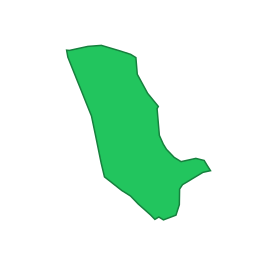 the district of Zaqaziq 1, Ash Sharqiyah, Egypt, rotated 301°
{"feature_id": "37247803B90697971403179", "entity_name": "Zaqaziq 1", "entity_type": "district", "adm_level": 2, "iso_a3": "EGY", "parent_name": "Egypt", "parent_adm1": "Ash Sharqiyah", "projection": "albers", "projection_center": [31.514, 30.585], "detail": "fine", "context": "isolated", "style": "filled", "palette": "green", "viewbox_px": 256, "rotation_deg": 301, "n_neighbors": 0, "source": "geoboundaries", "source_scale": "gbopen_adm2", "svg_char_len": 732}
<svg xmlns="http://www.w3.org/2000/svg" viewBox="0 0 256 256"><g transform="rotate(301 128 128)"><path d="M163.1,35.3L157.8,39.9L142.1,60.6L136.7,67.8L128.1,79.1L119.5,90.5L106.0,103.0L103.5,105.3L84.3,122.9L74.0,133.0L71.2,155.0L71.2,155.6L71.0,165.2L68.1,176.0L65.1,192.1L63.5,198.1L67.6,200.3L67.5,205.7L78.0,214.0L88.7,211.5L95.8,207.4L102.2,203.7L107.5,203.9L118.1,209.5L128.6,215.1L133.9,220.7L136.6,215.3L139.4,210.0L136.9,201.8L131.7,196.3L126.5,190.8L126.6,182.7L129.5,172.0L132.3,166.6L137.8,158.7L141.4,156.1L159.5,143.0L162.1,142.9L167.8,127.0L178.8,108.3L185.6,103.4L192.4,98.5L192.5,92.4L190.0,81.6L185.1,62.6L177.3,51.6L169.5,43.3L164.3,37.8L163.1,35.3Z" fill="#22c55e" stroke="#15803d" stroke-width="1.5"/></g></svg>